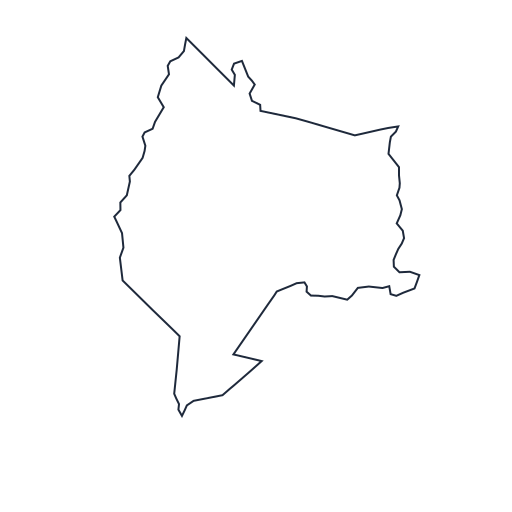 Timbaúba, Pernambuco, Brazil (Albers equal-area conic projection), rotated 114°
{"feature_id": "56859067B92944053188612", "entity_name": "Timbaúba", "entity_type": "district", "adm_level": 2, "iso_a3": "BRA", "parent_name": "Brazil", "parent_adm1": "Pernambuco", "projection": "albers", "projection_center": [-35.348, -7.521], "detail": "fine", "context": "isolated", "style": "outline", "palette": "slate", "viewbox_px": 512, "rotation_deg": 114, "n_neighbors": 0, "source": "geoboundaries", "source_scale": "gbopen_adm2", "svg_char_len": 1574}
<svg xmlns="http://www.w3.org/2000/svg" viewBox="0 0 512 512"><g transform="rotate(114 256 256)"><path d="M191.6,128.9L185.4,127.9L179.5,128.0L173.2,132.2L169.0,140.7L160.1,140.7L153.9,141.8L146.8,147.5L143.3,152.0L135.3,152.7L131.1,154.2L124.3,158.1L116.7,161.5L108.8,176.5L97.6,180.0L92.1,181.3L85.5,178.8L79.8,178.8L85.2,187.2L89.9,193.8L101.0,208.6L105.6,214.8L109.7,244.8L112.3,264.0L114.0,275.6L121.6,310.9L116.2,313.7L115.9,322.8L110.2,327.9L99.9,326.9L97.6,330.9L95.3,336.1L83.5,348.2L89.2,354.3L95.6,354.0L99.1,349.0L109.3,345.5L104.5,358.0L101.1,366.9L95.0,382.7L85.2,408.3L90.9,407.0L98.1,405.2L106.1,407.5L113.0,413.5L118.2,414.0L125.4,409.4L138.8,411.8L150.9,410.3L157.6,400.8L174.5,402.8L181.8,402.2L188.4,408.0L193.1,408.3L200.3,401.9L205.4,400.5L212.5,399.5L226.6,402.2L234.3,404.3L239.3,401.5L245.2,400.3L253.1,398.7L262.3,401.7L269.2,398.5L277.7,401.5L281.7,396.8L289.6,387.7L302.3,380.5L312.9,379.7L332.6,367.9L347.3,328.7L356.4,303.8L360.4,293.1L392.1,282.2L415.1,274.7L418.6,270.9L422.6,266.1L427.9,264.4L432.2,258.6L425.9,258.4L420.6,258.4L413.7,254.1L396.8,230.0L388.2,226.0L382.7,223.3L362.8,214.0L349.7,208.1L355.1,236.6L294.9,225.3L284.7,223.3L280.0,222.6L275.7,218.5L269.3,212.3L264.3,207.8L260.4,201.0L263.1,197.1L268.0,195.3L269.8,189.7L267.0,183.0L265.1,176.8L261.6,170.0L258.8,154.9L253.1,152.3L243.7,150.0L238.0,140.5L233.8,127.4L229.4,122.0L236.1,117.5L235.3,111.6L229.6,106.5L221.2,98.0L214.7,98.4L207.0,99.0L207.8,109.0L212.5,118.3L209.7,125.7L203.6,128.7L197.3,128.9L191.6,128.9Z" fill="none" stroke="#1e293b" stroke-width="2"/></g></svg>